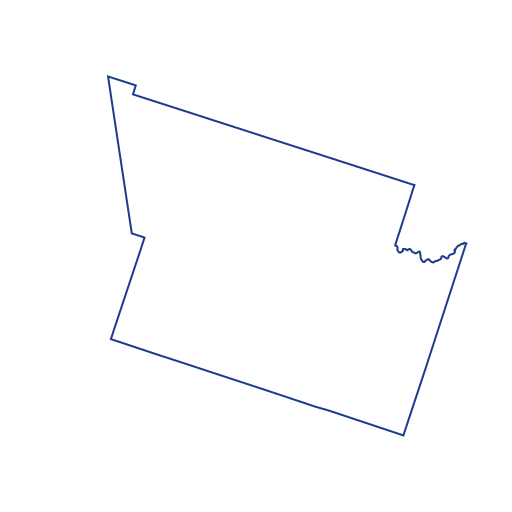 the district of Doña Ana, New Mexico, United States of America, rotated 288°
{"feature_id": "52423323B79640001030180", "entity_name": "Doña Ana", "entity_type": "district", "adm_level": 2, "iso_a3": "USA", "parent_name": "United States of America", "parent_adm1": "New Mexico", "projection": "albers", "projection_center": [-106.656, 32.418], "detail": "fine", "context": "isolated", "style": "outline", "palette": "blue", "viewbox_px": 512, "rotation_deg": 288, "n_neighbors": 0, "source": "geoboundaries", "source_scale": "gbopen_adm2", "svg_char_len": 1362}
<svg xmlns="http://www.w3.org/2000/svg" viewBox="0 0 512 512"><g transform="rotate(288 256 256)"><path d="M381.0,59.8L239.1,130.9L239.1,144.3L226.1,144.3L142.5,143.7L132.1,143.7L131.7,197.6L131.8,200.6L131.4,316.7L131.0,359.3L131.5,371.4L130.9,451.6L200.3,452.0L208.8,452.0L209.4,452.0L210.6,452.0L274.5,452.0L331.9,452.0L332.9,452.2L332.9,451.7L332.9,451.1L333.0,450.4L333.0,450.2L332.9,450.0L332.3,449.5L331.7,449.5L331.1,448.2L331.0,447.9L330.9,447.5L329.2,446.4L328.5,445.7L328.4,445.5L328.0,445.0L327.9,444.8L324.9,443.8L323.7,443.6L323.6,443.1L322.7,442.9L321.6,443.9L320.0,443.8L318.9,442.7L318.7,442.3L317.1,440.2L316.9,440.0L315.6,439.4L313.3,439.3L312.6,438.4L313.5,434.8L313.5,433.3L312.6,432.9L312.5,432.7L310.2,432.7L308.3,430.7L307.2,429.7L306.7,428.3L304.6,426.6L304.6,425.0L304.8,424.0L306.3,421.2L305.9,420.3L304.0,418.7L302.7,418.3L302.1,417.7L302.1,416.6L303.3,414.7L305.2,413.1L307.2,412.4L310.8,410.4L310.7,409.7L308.4,407.8L307.7,406.6L308.2,405.0L308.1,403.5L310.0,401.0L310.2,399.8L309.3,398.8L308.4,398.4L308.2,397.3L308.9,396.1L307.9,393.6L306.1,394.1L304.0,392.4L303.6,391.3L304.4,389.7L305.8,388.4L307.8,388.0L308.9,386.9L309.1,385.1L314.8,385.0L318.5,385.0L323.3,385.0L345.1,384.9L367.9,384.7L372.4,384.8L372.3,378.0L372.3,359.9L372.0,225.5L371.7,89.1L381.1,88.9L381.0,59.8Z" fill="none" stroke="#1e3a8a" stroke-width="2"/></g></svg>